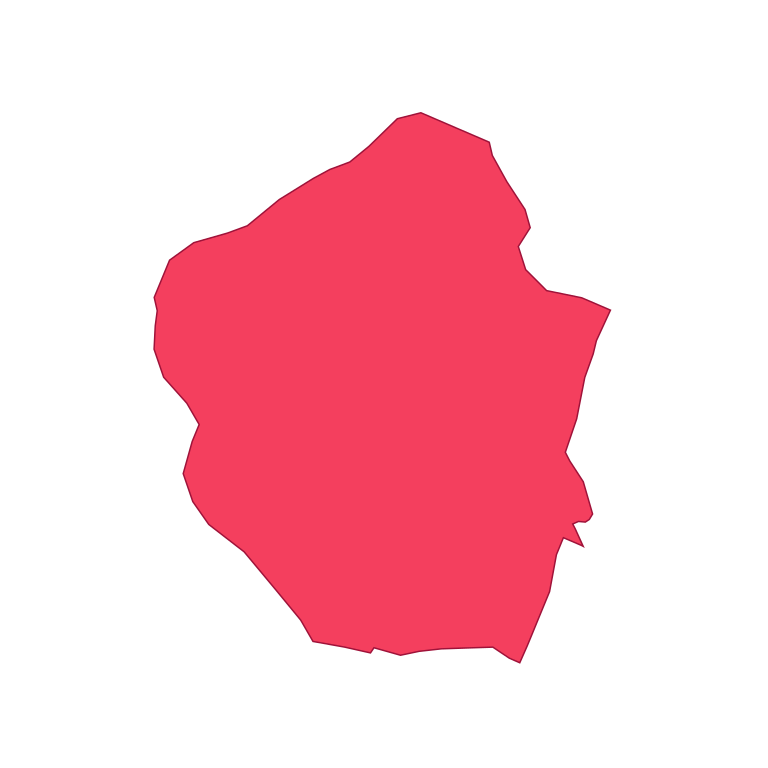 Hongwon, Hamgyŏng-namdo, North Korea, rotated 292°
{"feature_id": "82179303B34267251323335", "entity_name": "Hongwon", "entity_type": "district", "adm_level": 2, "iso_a3": "PRK", "parent_name": "North Korea", "parent_adm1": "Hamgyŏng-namdo", "projection": "natural_earth1", "projection_center": [127.938, 40.143], "detail": "fine", "context": "isolated", "style": "filled", "palette": "rose", "viewbox_px": 768, "rotation_deg": 292, "n_neighbors": 0, "source": "geoboundaries", "source_scale": "gbopen_adm2", "svg_char_len": 1023}
<svg xmlns="http://www.w3.org/2000/svg" viewBox="0 0 768 768"><g transform="rotate(292 384 384)"><path d="M176.4,614.3L194.8,614.9L205.8,615.0L224.1,615.1L253.5,615.3L290.4,607.8L308.7,607.9L308.3,627.5L308.1,629.5L321.4,615.5L324.9,611.4L329.4,615.8L331.4,622.4L335.3,625.1L341.6,626.1L368.0,605.4L382.2,585.1L388.6,577.7L423.9,575.7L465.3,567.7L490.2,566.7L503.7,564.7L537.3,566.3L538.0,535.1L531.5,499.8L543.1,472.5L561.8,457.0L583.7,461.0L598.6,449.4L617.6,422.1L636.5,398.8L647.6,391.0L648.4,355.8L649.3,316.6L635.0,297.0L598.7,281.0L577.0,269.1L562.6,253.4L548.2,241.5L526.6,225.7L515.8,217.8L501.3,209.9L479.5,198.0L465.2,182.2L443.8,154.7L418.5,138.8L378.2,138.5L367.0,146.3L352.3,150.1L330.1,157.8L307.7,177.2L292.3,208.4L277.2,227.8L258.8,227.7L225.7,231.4L203.3,250.8L188.1,274.2L176.0,317.2L153.0,360.1L133.9,395.2L118.7,414.6L125.3,446.0L129.6,472.2L135.7,473.5L138.7,500.9L149.3,516.7L159.9,536.3L170.4,559.9L180.8,583.5L176.7,603.0L176.4,614.3Z" fill="#f43f5e" stroke="#9f1239" stroke-width="1.5"/></g></svg>